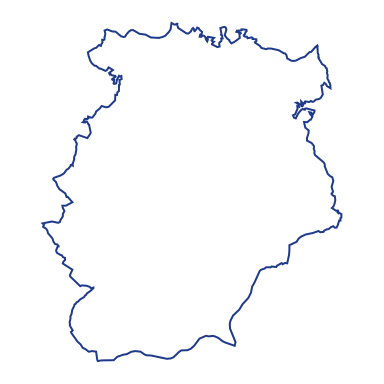 outline of Zalha, Salaj, Romania
{"feature_id": "2599482B19870008229772", "entity_name": "Zalha", "entity_type": "district", "adm_level": 2, "iso_a3": "ROU", "parent_name": "Romania", "parent_adm1": "Salaj", "projection": "albers", "projection_center": [23.526, 47.196], "detail": "fine", "context": "isolated", "style": "outline", "palette": "blue", "viewbox_px": 384, "rotation_deg": 0, "n_neighbors": 0, "source": "geoboundaries", "source_scale": "gbopen_adm2", "svg_char_len": 5779}
<svg xmlns="http://www.w3.org/2000/svg" viewBox="0 0 384 384"><path d="M287.2,263.3L289.0,255.2L289.4,250.0L289.4,245.2L296.6,241.8L298.4,238.9L300.9,236.7L305.7,234.5L312.8,233.0L318.5,231.0L320.2,232.2L323.5,231.9L324.1,230.7L326.6,229.4L328.6,229.1L331.0,227.1L333.2,226.2L334.9,227.7L336.5,227.6L337.7,225.4L339.2,220.5L340.5,220.5L340.4,218.2L341.3,217.7L341.4,214.1L339.1,212.9L338.4,213.3L337.5,212.1L338.3,211.1L337.9,210.5L335.9,210.7L331.9,208.0L333.4,206.6L334.5,203.9L335.3,200.1L334.8,196.2L333.0,195.6L331.6,194.1L331.6,193.4L332.4,192.9L333.0,191.6L331.6,187.0L333.3,180.9L332.3,177.3L330.1,176.1L327.7,173.8L324.7,166.2L324.9,165.7L324.6,163.9L323.8,162.5L315.1,155.1L314.4,153.5L314.6,151.2L313.7,148.6L314.1,146.9L313.8,145.8L311.6,143.0L307.0,140.6L307.0,138.0L308.5,133.2L308.7,130.5L305.3,127.6L304.0,122.0L307.3,122.2L310.2,119.7L310.9,119.6L312.4,116.7L310.4,114.4L309.3,112.2L311.3,112.6L312.6,115.0L314.4,111.9L314.5,110.5L306.3,108.4L305.2,108.6L304.8,108.9L304.9,109.6L304.3,109.7L302.6,108.9L300.4,110.7L298.0,113.8L295.8,118.4L293.9,117.6L293.0,115.3L295.1,114.4L297.6,108.5L297.3,106.2L299.0,106.8L298.3,104.1L296.3,102.8L297.4,102.6L301.1,105.2L301.5,104.4L301.2,101.5L302.9,103.3L301.6,106.1L302.1,106.3L302.7,105.9L303.9,103.2L304.9,103.3L305.2,102.7L304.8,101.8L305.1,101.4L309.4,102.0L310.9,100.9L312.3,101.8L313.6,101.6L315.9,99.6L319.0,99.0L320.6,98.0L322.8,94.6L321.4,85.6L323.0,85.0L324.3,82.8L325.6,83.7L327.1,86.2L330.5,88.2L330.3,85.0L329.6,82.7L328.9,82.0L328.7,80.9L327.4,78.6L327.6,74.9L326.9,72.8L327.3,71.6L326.7,68.3L325.8,67.8L325.0,66.0L322.1,64.1L318.5,58.1L318.4,57.5L318.8,57.2L318.3,56.5L318.5,54.7L317.7,52.8L317.6,48.2L317.0,47.5L317.7,46.4L317.3,45.5L315.3,47.1L311.3,51.8L309.4,52.2L304.9,56.7L300.7,58.1L295.9,60.6L293.1,61.0L291.1,60.6L287.2,58.4L286.5,55.2L285.2,53.5L283.7,53.2L278.6,50.2L270.9,48.5L267.6,48.5L266.4,49.2L261.5,48.0L259.8,45.8L255.2,42.8L254.9,42.2L256.4,41.0L256.3,39.3L252.6,39.0L252.7,38.0L251.8,37.4L247.5,38.2L246.9,36.7L245.0,36.7L243.8,35.9L243.8,35.1L245.2,33.9L245.3,32.5L246.7,30.9L246.5,29.9L243.4,29.4L241.5,29.4L241.6,30.2L241.0,30.5L236.9,30.7L236.4,31.8L240.7,33.0L240.8,33.4L239.4,34.1L239.8,37.9L234.4,41.9L231.4,43.4L229.4,41.0L229.4,40.2L227.0,38.4L225.0,35.7L225.0,34.5L226.4,29.5L225.6,27.4L224.2,26.9L220.4,28.0L221.4,34.0L221.0,34.8L222.2,35.4L222.2,37.1L222.6,38.4L221.2,38.6L221.5,39.7L221.3,41.1L219.4,42.5L219.2,43.3L219.6,46.5L217.5,47.1L212.0,44.4L212.0,43.7L213.9,41.7L212.3,41.2L211.6,40.4L214.0,37.9L207.9,36.8L207.4,37.5L207.9,39.7L207.2,41.4L205.9,39.4L205.3,37.1L204.2,35.9L202.2,35.4L201.5,35.5L201.8,36.3L201.3,36.8L199.7,36.7L200.1,34.8L201.2,34.0L201.5,34.3L202.1,31.9L199.6,29.8L198.6,28.1L197.2,27.6L196.5,29.1L194.7,31.2L194.4,31.0L193.7,28.6L193.1,28.0L192.1,28.9L190.9,31.4L188.8,33.2L188.1,33.6L186.3,33.3L178.1,27.9L177.1,24.6L177.3,23.8L176.9,23.7L175.3,24.6L174.2,24.5L171.5,23.0L170.6,29.3L169.1,31.7L165.3,35.7L163.1,36.8L159.0,37.9L150.9,37.5L145.5,34.6L139.4,33.8L133.2,30.1L130.9,30.2L129.0,31.5L126.6,34.2L125.1,36.6L123.7,37.0L121.1,36.3L115.6,31.7L112.2,31.4L107.2,29.5L104.6,30.5L105.3,33.5L105.0,36.1L104.5,37.0L104.5,39.5L103.6,40.0L102.2,39.8L102.5,42.5L101.3,44.3L100.9,45.9L99.0,45.0L96.2,47.8L94.2,48.4L87.9,52.3L88.6,55.8L90.2,60.6L91.8,63.2L94.4,65.6L96.2,65.9L99.3,68.6L100.5,68.6L105.5,70.9L106.8,70.2L108.7,67.4L112.9,70.0L109.2,72.9L110.2,73.6L109.6,74.2L109.9,74.6L110.3,74.2L112.0,75.3L115.2,75.9L115.6,76.6L112.1,79.2L112.5,79.9L114.2,79.9L113.6,83.6L114.1,83.9L116.2,83.4L117.0,79.6L119.0,75.8L119.9,76.5L121.3,76.0L121.6,79.2L119.5,79.9L119.8,84.6L119.0,85.0L118.9,91.1L117.3,92.4L117.0,95.0L115.3,94.8L115.1,100.4L108.7,106.8L105.9,107.3L101.7,106.0L99.5,108.7L96.1,111.5L95.4,113.6L92.4,117.5L90.8,117.6L88.1,116.5L87.9,117.4L88.3,118.4L87.1,119.1L85.0,118.8L83.9,120.2L83.9,121.3L82.9,122.2L85.1,122.5L85.9,121.4L87.0,121.6L88.7,124.8L89.1,124.8L90.7,132.7L90.1,134.1L87.3,138.1L78.9,135.2L76.7,136.7L76.7,137.8L76.3,138.4L74.7,138.7L74.3,139.5L75.0,139.9L76.9,143.9L76.0,147.2L76.4,148.8L75.5,154.5L74.5,156.0L74.1,157.6L74.0,158.3L74.3,159.0L72.7,163.9L72.8,165.6L71.4,164.7L70.7,165.1L70.8,165.7L68.6,168.5L66.7,169.7L63.9,173.4L60.8,175.4L54.0,177.8L53.2,178.8L53.4,179.6L56.0,182.0L57.4,186.0L59.5,189.3L65.3,193.4L66.6,197.0L67.6,196.8L72.4,202.2L65.9,205.7L62.4,205.7L62.6,207.3L64.4,211.2L62.9,213.7L62.8,216.4L60.4,220.3L59.8,222.1L58.2,222.8L51.9,221.5L42.6,223.4L44.0,224.8L43.1,226.8L46.1,228.7L47.4,230.7L48.0,233.2L52.5,238.5L53.5,241.7L54.6,243.3L55.2,244.1L57.2,244.4L58.6,246.0L58.6,246.4L57.7,246.3L56.1,250.4L56.7,252.6L60.3,254.9L61.7,255.2L63.1,257.2L65.0,257.9L65.1,259.9L63.4,261.6L62.8,263.5L72.4,269.7L69.9,275.2L70.3,276.6L80.3,286.2L81.9,285.4L86.2,285.7L89.6,286.8L91.1,288.3L93.4,287.6L93.4,288.2L90.4,291.0L86.9,293.4L86.1,294.9L84.9,295.6L84.2,297.0L80.3,299.3L77.9,301.7L76.4,302.5L75.9,303.6L74.4,304.5L74.3,305.7L72.3,309.7L71.5,314.1L70.4,316.4L70.5,318.5L69.6,322.3L70.0,324.5L69.8,325.5L72.7,330.5L71.0,331.9L71.4,333.0L77.4,341.5L80.7,344.5L82.7,347.8L85.3,349.0L88.7,351.7L92.1,351.1L96.1,351.6L97.2,359.6L97.8,361.0L101.5,360.4L113.7,360.2L117.2,356.8L123.3,354.7L126.9,354.1L131.2,351.8L135.3,351.1L140.6,351.7L144.4,354.4L146.6,355.3L151.2,355.5L166.9,358.8L170.9,358.4L173.5,357.2L179.3,351.7L181.3,350.4L187.5,350.2L190.9,348.7L194.2,345.7L199.5,338.6L206.0,335.8L208.8,336.4L212.5,335.9L214.4,336.2L218.3,337.9L222.4,341.1L225.0,342.4L234.7,345.8L235.5,342.1L230.0,328.5L229.8,323.5L230.4,320.9L233.0,315.6L239.3,309.6L242.7,304.0L248.3,298.0L250.9,292.8L252.2,286.5L254.2,283.2L259.8,270.8L261.1,269.7L264.8,268.5L266.3,267.2L270.6,267.4L271.6,266.5L276.3,267.0L277.0,265.7L281.6,263.1L282.6,264.2L284.9,263.0L287.2,263.3Z" fill="none" stroke="#1e3a8a" stroke-width="2"/></svg>